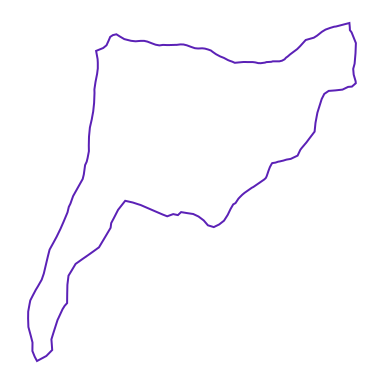 Chhali, Mongar, Bhutan (Equal Earth projection)
{"feature_id": "84629894B6753037066473", "entity_name": "Chhali", "entity_type": "district", "adm_level": 2, "iso_a3": "BTN", "parent_name": "Bhutan", "parent_adm1": "Mongar", "projection": "equal_earth", "projection_center": [91.234, 27.295], "detail": "fine", "context": "isolated", "style": "outline", "palette": "violet", "viewbox_px": 384, "rotation_deg": 0, "n_neighbors": 0, "source": "geoboundaries", "source_scale": "gbopen_adm2", "svg_char_len": 2567}
<svg xmlns="http://www.w3.org/2000/svg" viewBox="0 0 384 384"><path d="M355.8,83.2L355.6,81.2L353.7,74.7L353.2,68.9L354.6,63.7L355.5,53.3L355.9,43.1L351.6,32.4L349.9,30.1L349.8,27.5L349.4,23.0L336.0,26.5L334.2,26.7L330.2,27.9L325.5,29.6L321.9,31.8L317.0,35.7L313.8,37.7L307.1,39.6L305.7,40.0L302.0,44.1L300.1,46.2L297.2,49.1L293.7,51.7L290.1,54.4L287.7,56.5L286.0,57.7L284.6,59.3L282.0,60.7L279.5,61.3L277.8,61.3L272.9,61.3L271.3,61.8L266.4,62.1L265.0,62.6L260.7,63.2L258.2,63.1L255.3,62.4L253.1,62.1L243.3,62.0L234.8,62.8L232.1,61.6L230.0,60.9L228.0,60.1L223.9,57.9L220.1,56.4L216.0,54.2L212.7,51.9L210.9,50.5L208.1,49.5L204.9,48.6L202.2,48.3L198.1,48.5L194.9,48.2L191.1,46.9L186.8,45.3L183.5,44.5L180.5,44.4L176.4,44.9L174.4,44.9L167.8,45.1L163.0,44.9L159.4,45.4L155.6,44.7L151.8,43.3L147.4,41.6L144.3,40.9L140.3,40.9L135.5,41.3L131.0,40.8L124.3,39.1L119.7,36.4L116.4,34.3L112.9,35.1L110.2,36.9L108.6,40.7L106.5,45.3L103.2,48.0L96.1,50.9L97.6,59.1L97.8,62.7L97.8,68.4L97.1,73.9L95.5,82.0L94.4,89.4L94.5,93.0L94.1,103.0L93.2,111.5L92.1,117.4L91.8,119.2L89.9,127.5L89.0,136.7L88.8,145.6L88.9,151.2L87.6,158.0L86.7,161.7L85.1,165.1L84.4,170.2L83.8,174.5L82.7,179.0L80.9,182.2L76.7,189.7L73.1,196.1L70.4,203.7L68.8,206.9L67.5,212.4L63.6,221.7L60.5,228.8L56.6,236.8L53.3,242.9L49.6,249.6L47.9,256.3L46.0,264.3L43.8,273.6L41.7,279.7L38.0,286.2L35.8,289.8L32.7,295.7L30.3,300.4L29.5,304.4L28.2,311.6L28.1,318.5L28.4,327.0L30.9,336.2L32.5,342.5L32.4,351.0L34.7,356.7L37.0,361.0L46.3,356.0L52.2,350.0L51.6,341.8L51.4,339.4L52.1,337.1L53.5,332.6L57.6,319.8L58.3,318.4L62.5,309.3L64.6,305.9L67.1,303.1L67.2,294.1L67.4,284.8L68.5,275.7L71.0,271.6L75.6,263.9L82.8,258.8L87.0,255.9L93.5,251.3L99.0,247.3L105.4,236.6L110.6,227.8L111.2,223.1L114.0,217.8L118.1,209.8L125.2,200.8L132.8,202.5L138.0,204.2L140.6,205.0L145.2,207.0L155.6,211.5L162.6,214.5L167.2,216.3L173.2,214.1L177.9,215.1L181.1,212.1L187.1,213.1L193.2,214.0L198.5,216.5L203.7,220.4L207.9,225.3L213.8,227.1L215.8,226.1L219.1,224.5L224.0,220.7L227.7,214.9L230.6,208.9L233.2,204.4L235.5,203.1L238.4,198.7L239.7,197.3L242.2,194.8L244.6,192.8L251.9,187.7L253.3,187.0L255.2,185.7L264.2,179.5L265.8,178.0L266.6,176.4L267.6,173.5L268.5,170.8L269.9,167.1L271.4,164.3L272.2,163.1L275.5,162.6L278.1,161.7L279.9,161.4L281.5,161.0L283.3,160.6L286.5,159.6L290.7,158.9L294.9,156.9L297.6,155.6L299.1,152.4L300.4,149.7L301.7,148.0L306.6,142.2L309.2,138.7L314.6,131.6L315.5,122.8L317.4,112.7L321.7,99.0L324.3,93.9L328.7,90.9L335.3,90.4L342.5,89.6L348.1,86.9L351.9,86.6L355.8,83.2Z" fill="none" stroke="#5b21b6" stroke-width="2"/></svg>